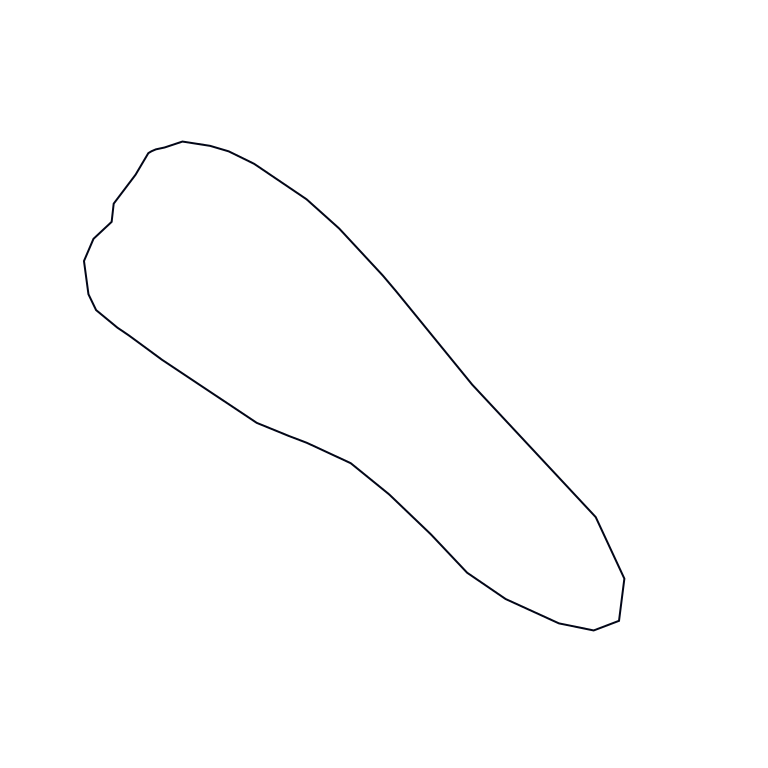 outline of Houk, Federated States of Micronesia, rotated 302°
{"feature_id": "79324940B89038151202543", "entity_name": "Houk", "entity_type": "district", "adm_level": 2, "iso_a3": "FSM", "parent_name": "Federated States of Micronesia", "parent_adm1": "", "projection": "natural_earth1", "projection_center": [149.302, 6.687], "detail": "fine", "context": "isolated", "style": "outline", "palette": "ink", "viewbox_px": 768, "rotation_deg": 302, "n_neighbors": 0, "source": "geoboundaries", "source_scale": "gbopen_adm2", "svg_char_len": 599}
<svg xmlns="http://www.w3.org/2000/svg" viewBox="0 0 768 768"><g transform="rotate(302 384 384)"><path d="M468.9,345.6L475.3,325.7L492.1,263.6L499.6,220.5L501.9,157.2L499.0,129.0L493.8,110.3L482.8,84.6L468.3,72.6L462.1,66.2L458.2,63.5L454.9,61.8L429.8,62.4L393.7,59.2L377.2,67.1L353.2,60.7L329.3,64.4L303.5,85.8L294.1,100.7L290.5,128.1L290.0,141.8L286.9,182.9L283.6,296.7L289.5,330.9L293.2,349.6L299.2,397.8L293.1,446.9L281.3,503.6L268.0,554.5L266.1,601.1L273.7,659.2L286.1,692.4L307.7,708.8L346.3,691.0L383.3,634.1L430.2,459.1L468.9,345.6Z" fill="none" stroke="#020617" stroke-width="2"/></g></svg>